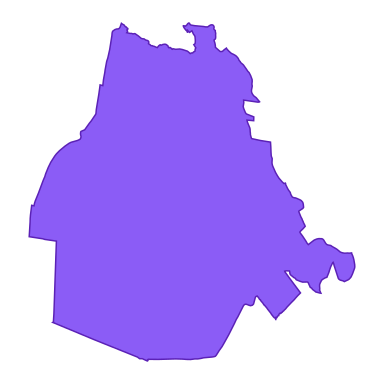 Campia Turzii, Cluj, Romania
{"feature_id": "2599482B77881741819367", "entity_name": "Campia Turzii", "entity_type": "district", "adm_level": 2, "iso_a3": "ROU", "parent_name": "Romania", "parent_adm1": "Cluj", "projection": "orthographic", "projection_center": [23.883, 46.542], "detail": "fine", "context": "isolated", "style": "filled", "palette": "violet", "viewbox_px": 384, "rotation_deg": 0, "n_neighbors": 0, "source": "geoboundaries", "source_scale": "gbopen_adm2", "svg_char_len": 5840}
<svg xmlns="http://www.w3.org/2000/svg" viewBox="0 0 384 384"><path d="M351.6,252.9L349.0,253.2L347.9,253.0L344.6,253.2L342.4,252.8L340.4,252.1L336.7,249.1L332.0,246.4L330.8,245.5L328.1,245.0L326.6,244.4L325.6,243.2L323.6,239.9L322.6,239.0L321.7,238.7L318.8,238.6L316.8,239.0L314.8,239.8L314.0,240.2L312.7,241.2L308.3,244.6L307.1,243.2L305.9,241.1L302.8,236.4L300.3,233.0L299.8,232.1L300.8,230.9L303.0,228.8L305.2,226.3L304.7,225.0L303.5,222.7L303.0,221.2L302.5,220.4L302.0,218.9L300.9,216.9L298.8,211.7L298.8,211.4L299.0,211.0L302.9,208.4L303.6,207.3L303.3,204.4L303.0,203.0L302.6,202.1L301.3,200.6L300.0,199.8L296.8,198.4L295.5,197.9L294.9,197.9L293.0,197.4L292.2,196.9L290.7,194.2L290.4,192.9L290.1,192.2L288.6,190.2L287.7,188.7L285.7,184.6L285.6,184.3L285.6,183.6L285.4,183.1L283.9,183.5L282.2,181.9L279.0,178.2L277.5,175.9L275.5,172.4L272.6,165.8L272.1,163.8L272.0,162.5L272.2,158.8L272.1,158.2L271.5,156.8L271.2,155.4L271.0,152.2L270.8,146.7L270.5,142.1L260.4,140.5L251.7,138.6L251.4,138.2L250.8,136.1L250.4,134.5L250.4,133.1L250.2,131.8L250.1,129.5L249.9,128.2L249.6,127.4L247.6,122.6L247.1,120.7L247.0,120.1L253.7,120.7L253.8,116.9L246.3,113.9L245.4,112.6L243.7,108.5L243.2,106.6L243.8,102.8L243.6,100.1L257.5,102.1L258.6,102.1L259.3,102.0L259.6,101.8L256.2,97.7L253.8,95.9L252.8,94.6L252.2,93.6L251.8,92.7L251.5,91.6L251.5,90.0L252.2,86.5L252.2,85.7L251.9,84.1L252.2,81.4L252.1,79.5L250.6,75.5L249.8,74.0L249.1,72.6L247.8,71.3L246.7,69.6L243.4,64.9L240.6,62.5L240.3,61.7L239.2,60.5L238.1,58.2L236.5,56.3L235.5,55.5L233.2,54.2L231.8,53.6L230.9,53.0L228.6,50.9L226.9,49.0L226.4,48.1L224.1,49.8L222.4,51.4L220.7,51.6L220.0,51.4L215.4,47.3L215.4,46.0L215.1,44.0L214.8,42.7L214.2,41.0L214.1,40.0L214.2,39.8L215.2,39.1L215.5,38.6L215.7,37.1L215.6,35.0L215.7,33.2L215.3,31.7L215.3,30.5L214.2,29.6L213.8,28.8L214.1,27.5L214.0,26.5L213.4,25.4L212.5,24.9L211.7,24.8L210.9,24.9L209.6,25.5L207.7,26.9L205.7,26.9L203.6,26.5L194.8,25.7L191.2,25.1L190.3,24.7L190.0,24.3L189.5,23.3L188.9,23.0L188.5,23.1L187.6,23.8L187.0,24.8L185.9,25.7L185.6,26.1L183.5,25.7L183.3,25.8L183.4,26.4L183.6,26.9L184.5,28.4L186.1,30.4L186.4,30.6L187.2,30.0L187.7,30.4L187.7,30.7L187.1,31.7L187.3,32.1L187.6,32.2L188.6,31.5L189.6,32.4L191.9,30.8L192.3,31.5L192.9,33.0L193.4,34.0L194.6,35.7L195.0,36.6L195.3,40.1L195.3,41.5L195.2,42.8L195.1,43.5L194.6,44.1L193.8,44.6L195.8,47.9L195.2,49.0L195.0,50.8L194.9,51.3L193.5,52.0L192.7,52.9L191.2,53.0L190.2,53.6L188.5,52.0L187.3,51.1L182.3,49.5L179.7,49.0L175.6,49.3L173.4,48.8L172.9,48.9L172.4,49.3L172.2,49.3L171.8,49.0L171.7,48.5L171.2,48.4L170.9,48.0L170.3,47.6L169.9,47.4L169.2,47.8L168.8,47.7L168.3,47.1L168.0,46.0L167.8,45.7L166.2,44.5L165.2,44.2L164.4,44.2L162.7,44.5L161.0,45.3L160.4,44.8L159.9,44.9L158.7,45.8L157.3,47.6L156.1,47.2L154.4,46.4L153.1,46.1L152.2,45.7L150.9,45.6L150.0,44.6L148.5,43.7L148.5,43.4L148.8,42.5L148.8,41.9L148.6,41.4L148.3,41.0L147.5,40.5L145.6,40.0L144.1,38.9L142.3,38.7L141.3,38.4L138.3,35.9L135.1,33.7L134.5,33.6L133.0,33.9L131.5,33.4L130.0,33.4L126.8,32.7L127.4,31.9L127.6,31.4L127.4,30.9L126.9,30.0L127.8,29.2L127.9,28.7L127.6,28.3L126.7,27.7L126.3,27.0L125.7,26.9L125.3,26.6L123.9,24.8L122.7,24.3L121.4,23.3L120.2,26.8L120.0,27.3L119.2,28.4L118.2,28.9L116.6,29.0L114.9,29.6L113.2,30.8L112.6,31.3L112.1,33.0L111.9,35.6L109.7,49.5L107.8,58.0L106.7,61.3L105.1,70.0L104.9,71.6L104.9,71.9L103.5,79.6L102.8,85.6L100.1,84.9L99.6,88.7L99.4,90.1L98.8,94.4L96.3,109.5L96.0,113.1L95.8,114.1L91.1,121.1L89.3,123.3L84.7,129.8L81.0,131.4L80.7,131.9L80.5,133.7L80.6,134.9L80.9,135.9L81.0,136.6L80.9,137.5L80.5,138.6L80.2,139.1L79.0,139.8L77.4,140.5L71.0,142.3L68.9,143.4L64.9,146.2L59.6,150.6L56.4,153.9L54.7,156.1L50.8,162.2L48.3,167.3L45.7,173.7L44.7,177.0L44.2,178.0L43.0,180.9L38.5,193.0L35.3,200.8L34.5,203.3L34.0,205.8L31.7,205.3L30.5,214.8L30.2,218.4L30.1,222.1L29.2,236.7L42.9,238.8L44.7,239.4L56.4,241.1L53.9,313.8L53.4,321.7L53.5,321.9L52.7,322.4L94.0,339.6L137.5,357.1L139.6,358.7L142.3,358.7L147.3,361.0L147.9,360.6L147.5,359.9L148.2,359.3L158.1,359.4L175.7,358.9L182.7,359.1L186.4,359.4L190.5,359.5L195.0,358.9L197.9,358.9L201.1,358.4L203.5,357.8L212.2,357.0L214.0,356.7L215.3,356.3L216.3,355.2L219.3,350.4L222.0,346.7L223.5,344.1L228.7,334.8L234.5,323.3L236.3,319.4L237.8,316.9L243.4,305.8L244.3,304.7L245.1,304.3L245.8,304.2L247.1,304.5L249.1,305.3L250.6,305.7L252.4,305.2L253.5,304.1L253.9,302.8L255.4,297.2L256.0,296.5L257.1,296.0L258.6,297.7L259.3,299.0L259.7,299.5L260.4,299.7L260.6,300.5L262.9,303.2L263.6,304.3L263.7,304.7L264.1,304.8L266.7,307.8L267.8,309.4L270.8,313.2L271.6,314.6L272.6,315.7L273.2,316.6L274.5,317.9L275.0,317.9L275.6,318.6L275.6,319.1L275.7,319.5L275.8,319.5L275.9,318.5L276.2,318.2L275.9,317.6L276.0,317.4L276.5,317.7L276.8,317.7L277.1,317.3L277.2,316.7L277.8,316.2L278.2,315.6L278.8,315.5L278.8,315.2L278.7,314.9L279.1,314.1L280.2,313.6L279.9,313.3L280.0,313.2L281.4,312.9L281.7,312.4L282.3,312.2L282.8,311.4L283.6,311.0L283.9,310.5L285.5,309.0L287.2,306.9L291.4,302.5L294.5,299.4L295.1,298.6L297.6,295.8L300.5,292.9L289.2,277.7L285.0,271.9L284.7,271.2L286.5,270.8L289.5,271.0L289.7,271.8L289.9,273.5L290.1,273.8L290.2,274.3L290.5,274.8L293.9,277.6L294.8,278.0L295.6,278.6L295.9,279.3L296.2,279.7L296.8,280.0L299.1,280.9L300.0,281.3L302.6,282.1L307.0,282.0L307.8,282.2L308.1,282.5L310.3,287.4L311.6,288.1L312.5,289.4L315.3,291.5L315.6,291.9L319.6,293.0L320.9,293.2L319.5,289.9L319.8,289.3L319.6,286.3L319.6,284.7L320.1,283.3L321.6,280.2L323.2,279.0L325.1,277.9L326.9,277.3L328.8,272.6L329.5,270.3L330.7,266.8L332.3,263.5L332.7,262.6L333.1,262.3L333.8,264.1L334.1,265.5L334.7,267.3L338.3,278.4L338.8,279.1L340.2,280.1L343.2,280.9L344.3,281.6L348.2,279.8L349.1,279.2L350.5,277.7L351.1,276.9L352.5,273.9L354.6,268.1L354.8,266.9L354.7,264.6L353.9,259.9L353.3,257.5L352.5,255.3L351.9,254.1L351.6,252.9Z" fill="#8b5cf6" stroke="#5b21b6" stroke-width="1.5"/></svg>